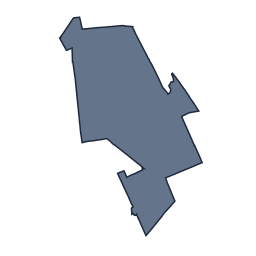 Fulga, Prahova, Romania (Albers equal-area conic projection), rotated 276°
{"feature_id": "2599482B7572251252498", "entity_name": "Fulga", "entity_type": "district", "adm_level": 2, "iso_a3": "ROU", "parent_name": "Romania", "parent_adm1": "Prahova", "projection": "albers", "projection_center": [26.445, 44.906], "detail": "fine", "context": "isolated", "style": "filled", "palette": "slate", "viewbox_px": 256, "rotation_deg": 276, "n_neighbors": 0, "source": "geoboundaries", "source_scale": "gbopen_adm2", "svg_char_len": 5285}
<svg xmlns="http://www.w3.org/2000/svg" viewBox="0 0 256 256"><g transform="rotate(276 128 128)"><path d="M187.1,166.6L186.9,166.4L186.6,165.9L186.4,165.8L186.2,165.8L185.9,165.9L185.8,166.0L185.6,166.0L185.3,166.1L185.2,166.1L184.7,166.5L184.4,166.8L184.2,167.0L183.9,167.3L183.7,167.3L183.6,167.2L183.3,167.2L182.5,167.5L182.2,167.7L182.0,167.8L181.8,168.0L181.3,168.1L180.8,168.2L180.5,168.2L180.4,168.3L180.2,168.3L179.6,168.4L179.3,168.4L179.2,168.4L178.9,168.3L178.8,168.2L178.7,168.0L178.5,167.7L178.4,167.4L178.4,166.3L178.3,166.1L178.2,166.0L178.1,165.9L177.9,165.9L177.5,165.8L177.0,165.6L176.4,165.4L176.1,165.3L175.9,165.1L175.6,164.9L175.3,164.7L175.2,164.6L174.7,164.4L174.4,164.2L174.1,164.4L173.9,164.5L173.6,164.6L173.4,164.7L173.2,164.8L172.9,165.0L172.7,165.2L172.5,165.3L172.1,165.7L171.9,165.8L171.7,166.0L171.4,166.2L171.2,166.3L170.6,166.4L169.9,166.4L169.6,166.4L168.7,166.4L168.4,166.3L168.2,166.3L167.9,166.1L167.6,165.9L167.2,165.6L166.8,165.3L166.5,164.9L166.2,164.5L165.9,164.2L166.1,164.1L166.3,163.9L166.6,163.7L166.9,163.4L167.1,163.2L167.6,162.9L167.9,162.5L168.4,162.1L168.6,161.9L168.8,161.6L169.5,160.9L169.6,160.7L169.8,160.6L170.2,160.2L170.4,160.0L170.5,160.0L170.7,159.7L170.9,159.5L171.6,158.6L172.2,158.2L172.6,157.8L180.6,153.2L189.5,147.6L194.7,144.3L195.8,143.2L197.3,142.3L198.9,141.5L198.9,141.3L199.5,140.7L200.2,140.3L200.7,140.1L201.4,139.6L203.3,138.4L206.2,136.4L208.1,135.1L209.1,134.5L224.6,124.3L224.7,124.5L229.2,121.6L229.3,121.7L229.2,116.4L229.3,111.7L225.7,93.5L224.8,88.1L224.3,85.9L222.9,78.9L222.9,78.5L222.5,77.2L222.4,76.3L222.2,75.8L222.2,75.5L222.0,74.3L221.9,73.8L221.6,72.1L223.2,71.6L229.9,69.4L233.1,68.2L232.0,63.1L231.8,62.3L215.0,53.4L211.5,51.4L210.9,51.8L210.3,50.6L203.4,55.4L198.8,58.7L199.2,59.5L201.7,64.0L197.5,64.6L192.9,65.2L187.7,65.9L187.7,66.3L174.1,69.7L172.8,70.1L156.3,73.5L152.9,74.2L152.5,74.3L147.6,75.3L140.7,76.8L138.5,77.2L136.7,77.6L134.5,78.1L130.5,78.9L129.7,79.0L128.4,79.3L124.0,80.3L123.2,80.4L121.1,80.8L118.3,81.4L116.8,81.8L115.7,82.1L113.8,82.6L108.6,83.9L109.7,87.0L110.2,88.3L110.4,89.2L110.6,89.6L111.0,91.4L111.3,92.9L111.5,93.6L111.5,94.2L111.9,95.6L112.4,97.6L113.0,99.8L113.4,101.5L113.9,103.2L115.1,107.5L115.2,107.8L115.1,108.1L115.0,108.3L114.9,108.5L114.6,108.9L114.4,109.4L113.7,110.5L113.1,111.4L112.8,111.8L112.7,112.0L112.5,112.4L112.4,112.6L112.2,112.8L112.0,113.0L111.9,113.1L111.7,113.3L111.3,113.7L111.1,113.9L110.9,114.1L110.3,115.1L110.1,115.3L110.1,115.5L110.0,115.8L108.9,117.7L108.2,118.9L107.8,119.4L107.3,120.3L106.0,122.5L104.7,124.5L104.2,125.2L102.2,128.4L101.7,129.1L101.2,130.0L101.0,130.4L100.3,131.4L98.0,134.9L97.5,135.7L92.2,144.0L89.3,148.2L89.3,147.9L89.3,147.7L89.2,147.2L89.2,146.7L89.1,146.8L88.9,146.7L88.7,146.6L88.4,146.8L88.3,147.0L88.1,147.0L87.7,146.5L83.8,140.2L83.5,139.7L82.9,138.7L82.7,138.1L82.5,137.9L82.0,136.8L80.9,135.1L78.9,131.9L79.5,131.6L79.8,131.4L81.1,130.8L81.3,130.7L81.5,130.6L81.7,130.4L82.8,129.8L83.7,129.2L85.0,128.5L82.7,124.0L81.8,122.4L77.6,124.8L77.3,125.0L76.2,125.7L75.3,126.3L74.0,127.0L72.9,127.7L70.9,128.8L69.9,129.4L69.0,129.9L67.8,130.7L67.0,131.2L65.1,132.3L64.0,132.9L62.5,133.9L61.0,134.8L60.0,135.4L58.8,136.1L57.6,136.7L56.6,137.3L56.2,137.5L55.9,137.7L55.2,138.1L54.4,138.6L54.0,138.8L53.9,138.9L53.7,139.0L53.4,139.1L52.8,139.5L52.5,139.7L52.3,139.9L52.1,140.0L51.7,140.2L51.4,140.4L51.1,140.5L50.9,140.6L50.6,140.9L50.1,141.1L49.9,141.2L49.7,141.0L49.4,140.6L49.1,140.2L48.9,139.9L48.7,139.8L48.2,139.9L42.7,140.8L43.0,141.1L43.2,141.4L43.3,141.6L43.4,141.8L43.5,141.9L43.5,142.0L43.4,142.2L43.3,142.3L43.1,142.4L42.7,142.5L42.4,142.8L42.3,143.0L42.1,143.3L42.0,143.6L41.9,143.9L41.9,144.0L42.0,144.1L42.1,144.3L42.0,144.5L41.9,144.6L41.9,144.8L42.0,144.9L42.5,145.0L42.9,145.2L43.0,145.3L43.2,145.5L42.9,145.6L42.1,146.1L41.3,146.5L38.7,148.0L35.2,150.0L24.6,156.1L22.9,157.1L30.1,162.1L36.4,166.2L37.9,167.2L41.5,169.5L41.9,169.8L42.1,170.0L42.6,170.3L43.1,170.5L43.8,171.0L44.6,171.4L45.3,171.8L45.6,172.0L47.7,173.2L51.4,176.0L53.9,177.9L60.2,182.3L66.7,178.7L69.8,177.1L72.9,175.4L75.6,173.9L76.4,173.4L77.9,172.6L78.1,172.5L78.4,172.4L78.7,172.3L78.9,172.2L80.0,171.8L80.9,171.3L82.4,170.7L82.8,171.4L83.5,172.6L83.8,173.3L84.8,175.1L85.6,176.6L87.2,179.5L92.1,188.5L93.5,191.1L95.3,194.4L95.6,195.0L96.4,196.4L98.9,200.9L100.4,203.7L101.3,205.4L102.5,204.7L107.2,202.1L107.7,201.8L111.7,199.5L112.9,198.8L116.3,196.8L117.6,196.1L117.4,195.8L117.8,195.7L121.9,193.3L122.9,192.8L123.4,192.5L129.0,189.3L129.7,188.9L130.2,188.6L130.7,188.4L132.1,187.5L135.3,185.7L137.9,184.2L139.5,183.3L143.1,181.2L144.7,180.3L145.1,180.2L145.2,180.4L145.3,180.5L145.9,181.4L148.3,185.2L149.4,187.0L150.3,189.8L150.5,190.5L151.0,192.3L151.3,193.4L151.9,195.4L152.1,195.9L152.2,196.6L152.7,196.3L155.0,194.3L156.3,193.3L156.8,192.9L157.5,192.4L158.4,191.6L159.0,191.3L160.5,189.9L161.2,189.3L162.4,188.2L163.8,187.0L166.3,185.1L166.7,184.8L167.5,184.1L167.8,183.8L168.0,183.7L168.4,183.4L168.9,183.0L169.2,182.7L169.4,182.5L169.8,182.2L170.0,182.0L170.2,181.8L171.1,181.1L172.6,179.8L173.2,179.2L173.7,178.8L174.5,178.1L174.9,177.8L175.2,177.5L175.4,177.3L175.7,177.1L179.4,173.8L181.4,172.0L183.6,170.0L184.4,169.2L186.0,167.6L187.1,166.6Z" fill="#64748b" stroke="#1e293b" stroke-width="1.5"/></g></svg>